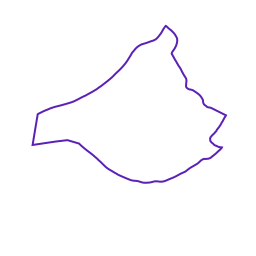 Nisab, Shabwah, Yemen, rotated 239°
{"feature_id": "15242507B68873122709220", "entity_name": "Nisab", "entity_type": "district", "adm_level": 2, "iso_a3": "YEM", "parent_name": "Yemen", "parent_adm1": "Shabwah", "projection": "natural_earth1", "projection_center": [46.477, 14.534], "detail": "fine", "context": "isolated", "style": "outline", "palette": "violet", "viewbox_px": 256, "rotation_deg": 239, "n_neighbors": 0, "source": "geoboundaries", "source_scale": "gbopen_adm2", "svg_char_len": 3499}
<svg xmlns="http://www.w3.org/2000/svg" viewBox="0 0 256 256"><g transform="rotate(239 128 128)"><path d="M88.4,218.5L102.7,209.4L105.0,206.8L105.3,206.7L106.5,206.3L107.4,205.9L108.4,205.5L109.4,205.3L110.3,205.4L111.2,205.6L112.0,206.0L112.9,206.4L113.9,206.7L114.9,206.7L115.8,206.7L116.9,206.7L117.9,206.6L118.9,206.4L119.8,206.2L120.6,205.9L121.5,205.6L122.6,205.1L123.6,204.7L124.6,204.2L125.5,203.8L126.5,203.3L127.4,202.7L128.2,202.0L128.8,201.3L129.5,200.5L130.3,199.9L131.1,199.5L132.1,199.1L133.2,199.0L134.0,199.3L134.9,199.9L135.9,200.6L136.7,201.2L137.5,201.8L138.3,202.4L139.2,202.8L140.1,203.2L141.1,203.3L142.2,203.3L143.3,203.2L144.2,203.2L145.1,203.2L146.2,203.2L147.1,203.3L148.2,203.3L149.3,203.4L150.6,203.5L151.6,203.6L152.7,203.6L154.1,203.5L155.1,203.4L156.2,203.4L157.1,203.5L158.1,203.4L159.0,203.5L159.9,203.5L161.2,203.5L162.4,203.5L163.5,203.5L164.5,203.6L165.5,203.6L166.4,203.6L167.4,203.7L168.3,203.7L169.2,203.7L169.9,204.4L170.5,205.4L171.0,206.4L171.4,207.4L171.9,208.5L172.5,209.6L173.1,210.5L173.6,211.4L174.2,212.1L174.9,212.9L175.6,213.6L176.4,214.3L177.1,214.9L177.8,215.4L178.7,215.8L179.6,216.2L180.6,216.3L181.7,216.4L182.7,216.4L183.8,216.4L184.8,216.3L185.6,216.2L186.6,216.0L187.4,215.8L188.3,215.6L189.2,215.4L190.2,215.0L191.2,214.6L192.0,214.3L192.9,214.0L193.8,213.8L194.9,213.5L195.9,213.1L196.1,212.9L195.4,211.1L194.3,208.8L193.1,206.8L192.0,204.6L191.1,202.3L190.2,199.9L189.7,197.3L189.9,194.8L190.5,192.4L191.0,189.9L191.4,187.6L192.1,185.0L192.7,182.6L192.8,179.8L192.6,177.4L192.0,175.0L191.1,172.6L190.4,170.3L189.2,168.2L188.4,166.7L188.0,165.9L186.8,163.6L185.7,161.4L184.7,159.0L183.9,156.7L183.1,154.3L182.4,151.7L181.8,149.2L181.3,146.7L180.7,144.3L180.0,141.7L179.5,139.3L179.1,136.7L178.7,134.1L178.4,131.4L178.1,128.9L177.8,126.4L177.7,124.0L177.4,121.4L177.4,118.6L177.4,116.0L177.5,113.3L177.6,110.8L177.7,108.3L178.0,105.6L178.2,102.9L178.3,100.4L178.5,97.8L178.7,95.4L179.2,92.6L179.8,90.3L180.4,87.9L181.1,85.3L181.7,83.0L182.4,80.7L183.1,78.4L183.8,76.1L184.4,73.6L184.9,71.2L184.9,70.9L185.2,68.7L185.6,66.4L185.9,63.9L186.1,61.3L186.3,58.9L186.3,57.7L176.7,49.5L162.6,37.5L153.7,58.9L148.8,69.8L139.8,78.1L139.6,78.1L137.3,78.7L135.1,79.4L133.0,80.1L130.9,80.9L128.8,81.7L126.4,82.7L124.3,83.5L122.1,84.3L119.8,85.0L117.8,85.7L115.7,86.2L113.5,86.9L111.2,87.5L109.2,88.0L106.9,88.6L104.8,89.3L102.6,90.3L100.5,91.4L98.6,92.5L96.6,93.5L94.7,94.6L92.8,95.6L90.8,97.0L88.8,98.4L86.9,99.8L85.1,101.1L83.4,102.4L81.6,103.8L79.9,105.7L78.4,107.9L76.8,109.7L74.9,111.3L73.3,112.9L71.9,115.0L70.8,117.1L69.8,119.2L69.1,121.6L68.3,123.9L67.1,125.8L65.6,127.6L64.4,129.7L63.6,131.9L63.2,134.5L62.9,136.9L62.5,139.4L62.1,142.0L61.9,144.5L61.8,147.0L61.7,149.6L61.4,152.0L61.1,154.6L61.4,157.1L61.7,159.6L61.8,162.1L61.7,164.6L61.7,167.1L61.7,169.6L62.2,172.0L62.7,174.5L62.5,176.9L61.3,179.0L60.3,181.0L59.9,183.4L60.3,186.0L60.6,188.4L61.0,190.9L61.6,193.3L62.0,195.8L62.7,198.1L63.0,198.5L63.7,197.6L64.3,196.8L64.9,196.1L65.7,195.5L66.5,195.0L67.3,194.5L68.1,193.8L68.9,193.3L69.8,193.0L70.7,192.9L71.6,192.5L72.6,192.2L73.5,192.0L74.5,191.9L75.3,192.3L76.2,192.7L77.0,193.2L77.5,194.0L77.9,195.1L78.3,196.0L78.5,197.1L78.8,198.2L79.0,199.3L79.4,200.3L79.7,201.3L80.0,202.3L80.7,203.3L81.1,204.4L81.5,205.4L81.8,206.3L82.3,207.3L82.4,207.7L82.7,208.3L83.2,209.2L83.7,210.1L84.3,211.0L84.7,211.9L85.2,212.9L85.8,213.8L86.3,214.7L86.9,215.6L87.4,216.6L87.9,217.6L88.4,218.5Z" fill="none" stroke="#5b21b6" stroke-width="2"/></g></svg>